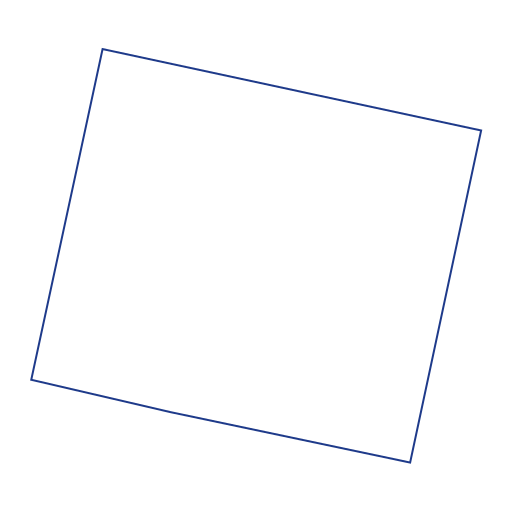 outline of Lincoln, Oklahoma, United States of America, rotated 102°
{"feature_id": "52423323B68871518650503", "entity_name": "Lincoln", "entity_type": "district", "adm_level": 2, "iso_a3": "USA", "parent_name": "United States of America", "parent_adm1": "Oklahoma", "projection": "natural_earth1", "projection_center": [-96.891, 35.702], "detail": "fine", "context": "isolated", "style": "outline", "palette": "blue", "viewbox_px": 512, "rotation_deg": 102, "n_neighbors": 0, "source": "geoboundaries", "source_scale": "gbopen_adm2", "svg_char_len": 267}
<svg xmlns="http://www.w3.org/2000/svg" viewBox="0 0 512 512"><g transform="rotate(102 256 256)"><path d="M426.5,307.3L426.0,62.3L86.4,61.9L86.4,73.6L86.0,238.1L85.5,449.1L201.0,449.4L423.8,450.1L426.5,307.3Z" fill="none" stroke="#1e3a8a" stroke-width="2"/></g></svg>